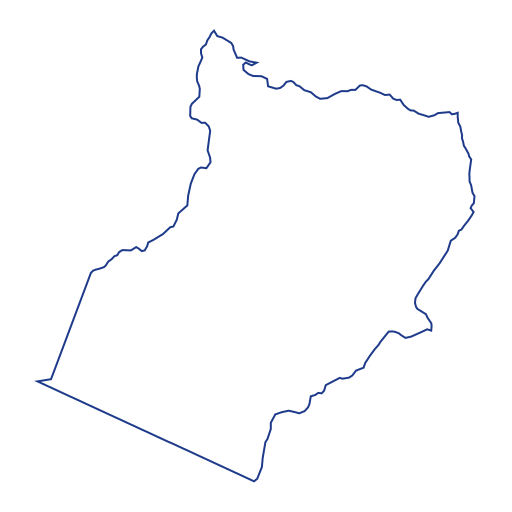 the district of São João do Soter, Maranhão, Brazil
{"feature_id": "56859067B40043130772660", "entity_name": "São João do Soter", "entity_type": "district", "adm_level": 2, "iso_a3": "BRA", "parent_name": "Brazil", "parent_adm1": "Maranhão", "projection": "orthographic", "projection_center": [-43.73, -5.032], "detail": "fine", "context": "isolated", "style": "outline", "palette": "blue", "viewbox_px": 512, "rotation_deg": 0, "n_neighbors": 0, "source": "geoboundaries", "source_scale": "gbopen_adm2", "svg_char_len": 2753}
<svg xmlns="http://www.w3.org/2000/svg" viewBox="0 0 512 512"><path d="M214.0,30.7L211.3,33.5L209.7,36.9L207.3,40.4L205.9,44.5L202.9,46.8L201.0,49.3L201.0,53.1L202.3,57.6L201.0,60.7L199.7,63.6L198.4,66.4L197.5,70.9L196.9,73.9L196.8,77.5L197.2,81.3L199.2,86.0L199.8,89.0L199.3,96.8L191.8,103.9L190.4,107.0L190.2,116.0L191.7,118.3L197.1,119.6L201.6,122.9L205.1,122.7L208.7,126.3L210.2,130.8L209.0,139.6L207.6,150.4L210.1,157.6L210.5,162.3L206.4,168.2L201.0,167.5L198.3,168.8L194.5,174.1L190.8,183.6L188.2,195.5L187.3,205.5L184.5,207.9L178.3,213.4L176.8,219.7L173.4,226.5L170.3,227.2L162.9,234.1L153.2,240.0L148.2,242.5L147.2,246.1L144.7,250.4L141.8,251.1L138.7,248.6L136.2,247.1L130.9,250.4L122.3,250.1L119.0,252.2L117.3,255.2L114.4,256.2L111.6,259.2L108.2,261.6L105.8,265.5L103.8,267.2L99.1,268.8L95.8,269.6L93.0,270.7L90.9,272.9L56.6,364.4L51.0,379.2L37.5,381.4L168.1,441.7L172.1,443.4L175.6,445.0L178.8,446.5L254.0,481.3L257.2,478.8L261.9,467.0L262.7,457.9L265.4,442.2L267.5,438.9L270.8,429.0L270.8,422.8L275.3,414.4L281.7,412.2L288.7,410.7L294.9,412.1L299.3,413.3L304.6,411.1L308.1,407.3L309.4,404.2L310.8,396.3L315.2,395.0L318.2,392.9L321.7,393.3L324.1,390.7L325.8,385.1L339.7,377.9L342.6,378.7L349.1,377.6L352.3,375.5L356.0,370.6L363.6,367.7L365.2,363.0L369.9,355.8L375.0,348.9L378.5,345.0L380.3,342.0L388.7,331.6L392.4,331.4L395.2,331.9L399.1,333.4L401.0,335.1L405.5,337.9L411.2,336.6L421.7,331.9L427.2,329.3L431.2,330.6L431.6,326.1L431.3,323.3L427.6,317.8L425.9,314.2L417.4,308.9L416.0,306.7L415.0,303.0L415.5,298.2L417.9,294.1L423.2,285.5L425.8,281.8L428.5,279.0L433.8,270.7L439.6,263.3L444.0,256.4L447.7,250.7L450.8,240.7L455.2,237.8L457.7,234.2L458.8,230.8L461.5,229.5L464.1,225.7L468.2,220.6L471.8,215.3L473.6,212.0L470.6,208.2L471.8,205.5L473.8,203.3L474.5,196.2L472.5,192.7L471.1,185.1L469.6,181.6L469.5,177.0L469.3,174.1L469.6,171.1L470.2,166.5L471.2,159.5L469.2,156.5L468.5,153.7L465.6,148.4L463.9,145.8L463.1,141.8L461.9,138.0L462.1,135.2L461.2,131.6L460.3,126.6L458.3,122.8L457.7,116.9L457.7,112.8L454.5,113.9L451.9,114.3L449.5,112.1L438.0,113.1L434.3,115.3L428.7,116.8L423.8,115.2L418.7,113.7L413.7,110.6L410.5,110.4L407.8,108.7L403.7,105.0L400.2,99.7L396.7,100.0L393.3,98.7L389.7,94.6L384.9,95.0L380.0,92.7L371.2,89.6L366.4,86.3L362.6,85.2L359.9,85.5L355.4,89.9L351.0,89.9L347.6,91.2L341.3,91.1L334.5,94.1L331.7,95.7L327.4,98.1L320.1,98.8L315.7,96.4L310.8,92.2L304.3,90.2L299.6,86.3L296.2,85.1L293.5,82.1L291.0,80.9L286.4,81.9L283.4,85.7L280.1,88.0L276.1,88.7L268.1,86.3L267.1,78.9L261.4,76.2L253.1,76.0L248.5,74.1L243.5,69.9L243.2,64.7L245.8,62.5L249.0,64.2L251.8,65.3L256.6,62.7L249.6,61.4L241.3,57.6L237.1,57.8L233.6,49.6L233.1,46.1L231.3,43.0L222.5,37.6L217.3,36.1L214.0,30.7Z" fill="none" stroke="#1e3a8a" stroke-width="2"/></svg>